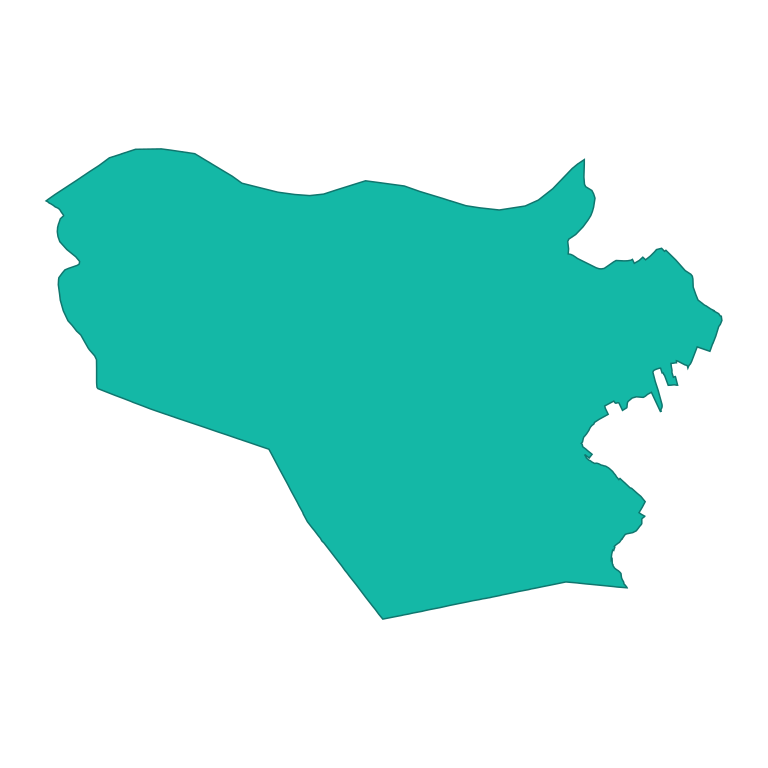 the district of Ostrov, Constanta, Romania
{"feature_id": "2599482B6584350262118", "entity_name": "Ostrov", "entity_type": "district", "adm_level": 2, "iso_a3": "ROU", "parent_name": "Romania", "parent_adm1": "Constanta", "projection": "orthographic", "projection_center": [27.443, 44.076], "detail": "fine", "context": "isolated", "style": "filled", "palette": "teal", "viewbox_px": 768, "rotation_deg": 0, "n_neighbors": 0, "source": "geoboundaries", "source_scale": "gbopen_adm2", "svg_char_len": 5949}
<svg xmlns="http://www.w3.org/2000/svg" viewBox="0 0 768 768"><path d="M54.6,194.8L48.2,199.3L46.1,200.9L47.8,201.8L49.1,203.0L50.8,203.8L53.2,205.3L55.2,206.9L57.1,207.7L58.4,208.4L59.4,209.3L60.2,210.2L61.2,212.0L63.4,215.0L63.6,215.4L63.5,215.9L60.5,218.6L60.3,218.9L59.1,222.5L58.5,224.0L57.6,227.5L57.5,229.3L57.3,231.3L57.4,232.5L58.0,236.6L59.8,241.7L66.8,249.5L70.0,252.1L75.8,256.8L79.6,261.4L79.3,263.9L77.4,265.3L72.2,267.1L68.7,268.3L64.9,269.9L62.3,273.0L58.9,277.6L58.6,279.3L58.3,284.7L59.6,294.2L60.3,300.2L63.3,310.8L68.0,320.8L72.1,325.3L76.6,331.1L80.8,335.0L83.2,339.3L88.2,348.1L89.4,349.8L94.7,355.9L96.5,359.7L96.5,360.0L96.6,368.5L96.6,373.9L96.6,382.4L96.7,384.3L97.0,387.3L97.9,388.6L104.2,391.1L115.4,395.5L123.2,398.4L130.7,401.3L133.2,402.4L135.7,403.3L142.9,406.0L150.1,408.8L155.5,410.7L178.8,418.7L193.5,423.6L205.4,427.6L217.5,431.8L226.3,434.7L238.8,439.0L249.2,442.5L259.4,446.0L268.9,449.2L271.5,454.0L276.2,462.9L279.2,468.6L281.1,472.1L287.6,484.1L291.2,491.1L297.3,502.3L299.0,505.7L302.9,512.7L303.1,513.7L307.4,521.7L312.5,528.3L314.6,530.8L314.8,531.1L318.2,535.6L320.4,538.3L321.9,541.0L324.1,543.1L326.4,546.1L329.5,550.1L332.5,554.0L334.8,557.0L341.8,566.0L344.9,570.4L346.9,572.8L349.5,576.3L356.2,584.7L366.0,597.7L372.8,606.4L375.4,609.6L378.6,614.0L382.8,619.1L395.0,616.7L401.3,615.5L403.8,614.9L408.8,614.0L411.7,613.3L413.6,612.9L415.8,612.5L418.4,612.0L421.8,611.4L425.0,610.6L429.6,609.6L440.1,607.6L449.9,605.4L458.7,603.6L461.8,603.0L468.3,601.7L472.9,600.7L479.3,599.6L482.8,598.8L484.2,598.6L485.6,598.4L488.1,597.9L490.0,597.6L492.0,597.1L500.0,595.5L502.2,594.9L506.3,594.1L514.0,592.5L518.5,591.5L522.3,590.8L525.5,590.2L528.7,589.6L531.4,588.9L534.2,588.4L538.1,587.6L541.9,586.8L545.9,586.0L549.5,585.3L554.4,584.3L565.6,582.0L566.4,582.0L576.9,582.9L579.4,583.2L586.9,584.0L589.4,584.2L599.6,585.2L610.8,586.3L613.8,586.6L616.9,587.0L627.1,587.8L627.0,587.5L626.8,587.2L625.8,585.9L624.8,584.7L624.1,584.0L623.8,583.2L623.8,582.5L623.4,581.5L622.7,580.4L621.8,578.5L621.5,577.5L621.2,575.4L621.0,573.6L620.6,573.0L619.6,571.9L618.4,570.8L617.4,570.2L615.8,569.1L614.5,568.0L613.7,566.7L613.0,565.6L612.9,564.5L612.6,564.3L612.3,563.4L612.1,559.1L611.3,560.1L611.3,558.2L611.3,557.5L611.5,556.0L611.7,554.2L612.3,551.6L612.7,550.1L613.7,550.5L613.8,550.0L614.8,547.2L614.3,546.4L615.4,545.3L618.4,543.0L619.4,542.4L621.2,539.9L621.9,538.9L622.2,539.0L622.5,538.3L624.3,535.7L625.3,534.4L626.9,533.8L632.8,532.6L636.3,530.8L638.8,527.6L639.4,526.7L641.2,524.6L641.7,523.8L641.8,523.3L641.8,520.8L641.8,519.0L642.5,518.2L644.7,516.5L644.8,516.2L641.7,514.5L639.0,512.7L642.3,507.2L645.2,501.7L640.9,496.4L637.3,493.4L631.6,488.3L630.0,487.8L625.8,483.8L621.5,479.9L620.0,478.5L618.9,479.6L617.3,477.7L616.6,477.0L615.5,475.1L614.2,473.6L613.1,472.1L612.7,471.5L609.7,468.8L608.6,467.9L605.9,466.3L605.0,466.0L603.7,465.8L602.9,465.4L601.7,465.2L601.1,465.0L598.8,463.8L597.6,463.4L596.6,463.2L595.9,463.2L595.2,463.4L594.9,463.5L594.4,463.3L593.7,462.9L592.4,462.3L590.2,460.7L589.3,460.3L588.8,460.1L588.4,459.8L587.9,459.3L586.5,458.1L585.7,456.4L584.9,455.1L585.3,454.9L589.2,458.0L592.1,454.3L588.0,451.0L586.5,449.7L586.0,449.2L585.7,449.0L582.7,446.7L582.4,445.1L582.1,444.3L581.7,443.6L581.3,443.4L581.8,442.7L582.5,442.0L583.2,438.8L583.7,437.2L584.8,436.0L586.6,433.8L588.9,430.3L589.7,428.5L590.8,426.7L592.1,425.3L593.8,424.1L594.5,422.4L599.2,419.3L608.2,414.3L605.3,408.3L604.7,406.0L605.0,405.8L613.8,401.1L614.8,402.5L615.1,402.9L615.4,403.1L615.8,403.1L616.3,403.1L617.2,402.9L617.9,402.7L618.4,402.8L618.8,402.9L619.2,403.5L622.5,410.4L626.7,407.8L626.9,407.4L627.0,406.9L627.1,405.3L627.4,402.9L627.9,401.7L628.6,401.0L632.1,398.1L632.5,397.9L633.6,397.6L635.4,397.1L636.2,396.8L642.3,397.3L643.2,397.3L643.5,397.3L645.5,396.1L647.5,394.4L651.4,392.3L655.5,401.1L660.4,411.5L661.2,411.2L660.8,409.9L661.9,407.6L662.1,406.5L662.1,405.2L662.0,404.4L659.9,396.8L658.2,390.5L655.3,381.6L652.9,372.3L653.2,371.3L653.8,370.5L654.5,370.0L656.3,369.2L659.4,368.2L660.2,368.1L660.6,368.2L662.1,373.0L663.0,373.0L663.3,373.1L663.5,373.9L663.8,374.6L664.5,375.3L667.1,382.3L668.2,385.3L671.6,385.1L673.1,384.9L674.4,384.8L676.7,385.2L677.6,385.2L675.5,376.9L675.4,376.7L675.2,376.5L674.7,376.7L674.4,376.8L673.4,377.3L672.7,375.1L672.0,372.7L671.9,372.2L672.0,370.8L671.9,369.5L671.4,367.1L671.1,364.6L671.0,363.4L673.3,363.2L675.7,362.8L676.3,362.8L676.5,362.8L676.4,360.7L677.5,361.0L685.0,364.9L686.6,365.3L687.3,365.7L687.9,368.0L688.6,366.2L689.3,365.1L690.4,363.9L691.6,361.5L697.2,346.9L698.3,347.3L709.9,351.3L710.8,348.9L712.7,343.5L712.9,343.5L715.8,336.1L718.7,326.6L720.3,324.4L721.9,320.5L721.3,316.2L720.2,315.9L718.7,313.7L713.7,310.9L714.0,310.6L710.6,308.9L706.0,305.8L704.6,305.2L698.0,300.0L695.8,294.5L693.2,287.1L692.9,279.0L692.3,276.1L690.9,274.3L685.2,270.6L675.8,260.0L665.9,250.3L664.5,251.3L661.6,248.3L656.4,249.6L655.9,250.3L654.8,251.5L654.7,251.7L650.4,256.0L645.6,259.8L642.8,257.2L639.2,260.5L634.3,263.3L632.4,259.4L631.0,260.2L627.4,260.8L624.0,260.9L616.1,260.5L613.6,261.9L607.6,266.1L604.2,268.4L601.2,268.9L599.0,268.7L596.2,267.8L589.8,264.6L577.5,258.5L575.7,257.2L573.0,255.4L570.8,254.4L568.2,253.9L568.6,248.9L567.7,241.4L568.9,239.0L569.0,239.0L575.7,234.5L583.0,226.9L588.0,220.1L590.8,215.6L592.4,211.5L593.6,207.2L595.0,198.2L593.6,193.8L591.9,190.5L585.7,186.7L584.5,184.3L583.9,177.0L584.3,164.3L584.3,159.6L577.8,163.9L572.2,168.5L552.8,188.7L538.3,200.1L525.2,206.0L499.3,210.0L479.5,207.8L471.1,206.5L465.9,205.7L450.6,200.9L450.6,201.0L443.3,198.6L419.9,191.5L404.3,186.0L379.2,182.6L365.5,180.8L336.2,190.0L323.6,194.1L309.7,195.6L294.8,194.5L277.9,192.2L259.8,187.7L241.9,183.2L232.2,176.2L221.0,169.5L194.8,153.7L190.8,153.1L170.5,150.1L161.3,148.9L135.5,149.3L121.4,153.9L121.4,154.0L109.4,157.8L108.6,158.4L99.2,165.4L89.6,171.6L75.8,180.9L54.7,194.7L54.6,194.8Z" fill="#14b8a6" stroke="#0f766e" stroke-width="1.5"/></svg>